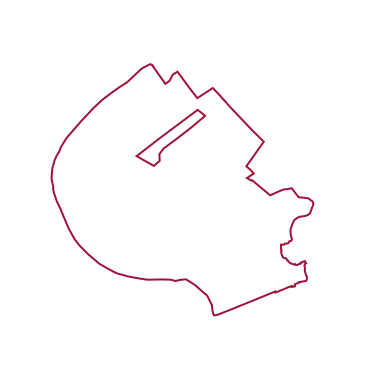 Tatakamotonga, Tongatapu, Tonga, rotated 112°
{"feature_id": "48082658B12474943410263", "entity_name": "Tatakamotonga", "entity_type": "district", "adm_level": 2, "iso_a3": "TON", "parent_name": "Tonga", "parent_adm1": "Tongatapu", "projection": "albers", "projection_center": [-175.133, -21.226], "detail": "fine", "context": "isolated", "style": "outline", "palette": "rose", "viewbox_px": 384, "rotation_deg": 112, "n_neighbors": 0, "source": "geoboundaries", "source_scale": "gbopen_adm2", "svg_char_len": 2022}
<svg xmlns="http://www.w3.org/2000/svg" viewBox="0 0 384 384"><g transform="rotate(112 192 192)"><path d="M89.3,276.0L89.1,278.7L96.0,284.6L103.7,288.3L114.3,293.1L121.2,298.0L129.1,303.1L140.5,309.9L150.4,314.5L168.1,321.4L178.6,325.0L189.2,328.6L199.6,330.4L204.4,330.3L209.2,331.1L213.7,331.3L222.1,330.4L232.2,327.3L239.5,322.4L239.1,322.2L240.9,322.2L244.9,319.4L251.3,313.8L257.1,307.5L264.3,300.4L271.8,292.9L279.4,283.7L283.7,276.4L288.7,264.7L293.2,251.2L294.5,242.4L295.6,231.7L294.2,219.4L292.2,209.6L290.1,200.7L284.0,186.3L281.1,178.3L281.0,176.3L280.8,174.1L277.6,169.6L275.2,164.8L277.2,153.9L280.4,145.3L282.3,139.2L289.5,131.1L294.4,128.5L296.9,126.8L298.1,125.2L296.2,122.2L281.0,106.3L253.1,77.6L254.0,77.0L249.6,72.4L241.8,64.5L242.7,64.0L240.9,61.2L239.0,62.1L235.7,58.6L235.4,58.9L231.7,52.9L230.3,52.7L229.3,53.0L228.4,53.3L227.7,53.6L227.1,54.1L226.7,55.0L225.4,55.8L223.4,57.5L222.1,58.2L220.5,58.6L219.0,59.7L218.3,59.9L217.8,60.2L216.8,60.5L215.3,59.5L214.8,60.6L213.8,61.2L215.8,63.9L216.9,64.1L217.0,64.7L218.1,64.8L218.3,65.4L219.1,66.0L219.7,66.8L220.2,66.9L220.9,69.4L220.4,69.7L221.0,70.1L221.2,72.9L221.1,74.6L220.2,76.7L219.6,77.4L219.8,78.0L218.3,79.8L218.6,81.2L218.7,82.0L218.4,83.2L218.1,83.7L216.1,85.6L214.0,87.0L212.6,87.1L212.0,87.4L211.7,88.1L210.5,88.6L207.5,89.8L206.4,87.1L205.0,86.6L204.8,85.4L203.3,83.6L201.4,83.4L200.3,81.9L198.7,81.5L194.4,84.6L189.8,86.6L185.3,86.9L179.8,86.7L176.2,84.5L174.1,82.1L172.6,79.2L170.6,76.6L167.7,74.6L157.7,74.9L155.7,76.4L154.3,82.0L156.4,89.6L156.9,91.3L151.2,100.8L155.9,108.7L160.6,113.3L165.8,118.3L160.9,133.5L158.6,140.7L159.2,141.2L158.5,146.3L151.8,141.7L149.9,145.3L147.8,151.2L118.5,144.3L112.2,159.4L98.6,189.1L91.1,204.3L87.8,211.7L93.1,215.3L103.0,222.3L96.3,233.6L85.9,250.5L90.4,253.8L97.4,254.5L101.7,257.2L89.6,276.1L89.3,276.0ZM113.7,217.5L116.5,208.4L133.3,217.3L149.0,226.5L162.3,234.6L169.2,236.4L175.3,233.6L182.1,237.1L179.5,256.8L154.1,242.0L113.7,217.5Z" fill="none" stroke="#9f1239" stroke-width="2"/></g></svg>